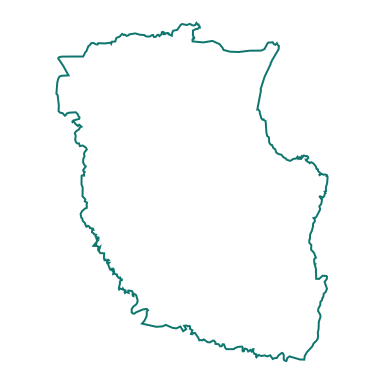 Mananara-Avaratra, Analanjirofo, Madagascar (Natural Earth projection)
{"feature_id": "10022922B77596397547877", "entity_name": "Mananara-Avaratra", "entity_type": "district", "adm_level": 2, "iso_a3": "MDG", "parent_name": "Madagascar", "parent_adm1": "Analanjirofo", "projection": "natural_earth1", "projection_center": [49.534, -16.235], "detail": "fine", "context": "isolated", "style": "outline", "palette": "teal", "viewbox_px": 384, "rotation_deg": 0, "n_neighbors": 0, "source": "geoboundaries", "source_scale": "gbopen_adm2", "svg_char_len": 5882}
<svg xmlns="http://www.w3.org/2000/svg" viewBox="0 0 384 384"><path d="M58.2,58.4L63.2,65.8L68.5,75.4L61.4,75.8L59.5,76.5L58.3,78.6L57.3,82.4L56.4,93.7L57.6,95.0L58.8,105.2L58.6,111.2L60.2,112.7L62.5,113.1L64.9,115.7L66.1,114.8L66.6,113.6L69.0,112.7L75.8,112.3L77.7,114.2L78.5,116.3L79.5,117.2L79.2,118.9L73.3,120.5L72.4,121.5L72.6,122.2L73.5,121.8L74.4,122.3L75.4,123.9L77.9,126.0L78.4,125.0L79.3,124.7L81.4,126.7L80.4,127.0L78.9,129.4L76.0,131.4L74.8,133.3L75.7,135.7L75.2,139.9L76.1,142.2L77.2,143.4L79.0,143.4L79.9,146.1L82.8,145.5L85.9,147.6L86.8,149.5L84.7,151.9L84.0,153.7L84.5,156.4L83.4,158.4L83.1,162.5L84.4,165.0L85.8,166.5L83.2,170.0L83.3,170.9L84.7,172.0L83.9,173.2L84.0,175.6L82.0,175.4L81.6,175.8L81.5,184.4L82.7,187.7L82.5,196.3L85.3,199.3L84.8,201.3L87.0,202.6L86.6,205.3L86.9,206.7L86.6,208.1L85.2,208.4L81.9,211.3L80.6,214.1L81.4,217.9L82.3,218.5L82.8,221.0L84.8,222.9L86.1,226.5L86.8,226.7L87.9,225.8L89.5,226.7L89.9,228.1L93.0,228.6L93.4,229.7L92.7,229.6L92.1,230.4L92.0,232.3L93.5,233.2L94.0,234.2L96.1,234.8L95.5,236.1L95.7,236.9L98.5,237.6L98.6,238.0L96.5,238.9L96.9,240.0L98.1,240.2L93.4,245.9L94.2,246.0L95.2,244.6L96.2,244.2L95.9,245.9L97.6,246.2L99.0,247.7L100.0,246.9L99.3,249.4L98.2,248.8L98.1,250.0L100.3,253.1L104.2,253.3L103.9,258.1L104.5,260.0L105.5,259.6L105.7,260.4L107.0,260.6L108.0,259.7L108.8,260.4L107.4,261.2L107.0,262.5L107.2,263.2L108.9,263.0L108.0,264.0L110.1,269.5L110.8,269.8L112.1,268.6L113.3,268.7L113.6,269.4L111.9,270.2L113.2,271.6L114.1,271.4L114.2,272.3L113.4,272.8L113.2,274.0L114.5,273.5L115.3,274.2L116.7,274.3L117.1,274.8L117.0,275.9L118.6,277.8L120.1,277.5L120.4,279.1L121.7,279.2L121.8,280.2L120.6,280.4L119.8,282.1L120.0,283.5L118.8,288.2L119.2,289.5L120.3,288.6L122.5,289.4L122.9,288.5L123.6,289.7L125.4,290.4L124.6,292.1L124.9,292.9L126.1,292.0L128.6,292.9L128.3,290.6L128.7,290.5L132.0,291.1L132.9,292.9L132.5,294.3L132.9,295.9L133.4,296.1L133.4,294.6L134.2,293.9L136.1,295.1L137.6,300.1L137.5,301.9L136.4,304.2L133.3,306.7L131.7,309.0L131.7,312.6L133.4,313.7L134.4,313.6L136.3,312.2L142.8,309.5L146.7,308.9L148.0,310.2L146.8,311.4L146.7,316.1L144.5,320.7L142.0,323.6L156.2,326.8L162.3,326.4L165.8,324.9L172.4,327.8L176.3,328.4L180.4,326.5L183.2,331.2L186.2,329.1L184.2,325.8L186.5,325.5L187.7,326.3L189.5,325.9L190.1,326.7L189.9,328.8L192.4,330.3L191.0,334.0L192.1,334.2L193.5,333.1L194.9,332.9L198.3,337.8L199.3,340.3L201.0,340.0L202.2,340.4L203.8,339.4L207.5,342.1L209.9,342.4L213.1,340.5L213.8,340.6L215.4,342.2L215.5,343.9L218.6,344.2L220.3,346.4L221.7,346.1L222.8,344.2L224.0,344.4L225.4,348.1L226.3,349.1L233.9,349.1L234.9,348.1L238.0,346.9L242.0,346.6L242.7,347.5L242.5,350.8L243.0,351.4L243.9,351.2L244.3,349.3L245.1,348.6L246.9,349.2L248.2,351.5L250.4,349.9L251.4,351.4L252.8,349.2L253.4,349.1L253.1,351.5L254.3,353.8L256.3,354.3L256.0,356.5L256.4,357.2L258.6,355.0L261.4,356.0L264.6,355.4L267.2,356.4L270.2,355.3L272.8,359.0L274.3,358.2L276.8,358.0L278.7,355.2L281.9,352.9L282.8,353.2L283.7,354.8L283.8,359.7L285.0,360.7L286.4,361.0L287.3,358.0L289.5,356.4L300.0,359.5L304.3,359.6L304.7,356.1L306.8,352.3L312.2,346.5L313.6,343.4L316.4,340.8L317.8,338.5L318.1,335.9L317.8,332.7L318.6,328.7L318.8,321.9L320.5,316.8L320.2,314.6L318.0,310.8L318.5,308.2L320.2,305.2L320.4,301.8L321.9,300.3L322.6,297.6L323.3,296.9L323.7,293.8L325.6,292.0L327.0,288.8L324.6,282.0L326.8,278.9L327.0,276.6L326.3,276.0L322.7,275.7L319.1,278.9L316.2,278.8L315.9,268.7L314.8,264.7L315.3,264.1L314.5,263.8L314.1,260.2L314.5,258.6L315.9,257.7L313.9,252.7L311.1,249.7L311.3,245.0L309.4,242.9L309.2,241.6L309.4,239.6L310.0,238.7L310.1,234.5L311.9,230.7L313.0,226.5L313.1,223.6L314.8,221.5L314.7,219.2L313.6,218.1L315.8,217.4L316.4,216.7L320.0,209.8L320.1,208.8L319.3,206.3L321.2,204.1L322.0,199.9L321.9,198.9L321.4,199.1L319.7,196.7L320.1,196.3L323.0,197.4L324.1,196.3L324.9,193.5L325.5,193.2L324.7,191.6L326.0,191.1L325.9,187.3L327.1,183.4L327.6,177.2L327.2,175.8L326.6,175.9L326.8,175.1L325.6,174.5L323.4,174.7L321.8,173.8L319.6,175.1L319.4,174.7L320.3,174.2L320.2,173.0L318.1,171.1L318.0,169.5L316.9,168.8L316.7,169.7L316.0,166.7L313.5,163.5L311.4,162.3L309.9,163.0L309.8,162.4L308.4,162.3L305.9,160.3L305.8,159.9L306.3,160.1L308.3,157.9L308.0,156.8L306.8,156.0L305.7,156.3L303.9,155.5L302.5,157.1L301.9,156.1L300.6,157.6L301.4,158.5L301.0,159.0L299.4,158.8L299.5,157.4L298.7,157.4L298.0,158.4L297.5,156.9L295.9,158.6L293.3,158.9L290.7,160.7L289.7,160.8L286.4,159.5L285.9,158.6L283.4,157.2L281.4,154.7L278.6,154.1L276.3,152.6L275.2,149.2L273.4,148.1L272.1,145.1L270.7,144.7L269.2,142.5L268.9,137.3L267.2,136.0L266.5,133.2L265.6,121.0L264.0,120.2L263.6,119.4L262.4,119.6L261.4,118.4L259.8,113.0L259.7,111.4L257.8,108.9L257.4,109.1L261.0,90.2L260.6,89.3L264.7,76.5L270.6,64.2L270.6,63.2L271.4,62.1L271.6,62.5L271.4,61.8L272.0,60.4L278.6,49.3L278.9,46.0L278.1,45.5L276.9,43.2L275.3,44.8L273.8,44.1L272.8,42.3L268.3,42.6L267.4,43.5L264.5,49.1L261.2,50.6L249.5,50.7L238.8,52.0L230.2,51.7L223.6,50.0L222.7,48.1L219.7,44.2L212.4,40.9L203.4,42.4L192.6,41.4L192.5,39.6L193.1,38.4L193.8,38.7L194.3,37.9L192.9,35.4L193.0,30.5L196.0,29.0L198.1,28.7L199.0,27.5L199.8,27.6L199.6,26.2L198.3,25.1L198.5,24.5L197.3,24.2L196.4,23.0L195.3,24.9L194.0,25.5L192.1,25.2L190.0,23.9L186.6,25.0L182.1,24.0L180.5,25.1L177.2,29.9L173.2,30.7L172.3,32.5L171.8,35.7L168.7,34.3L169.0,33.8L168.0,33.0L166.1,33.2L165.3,33.9L164.3,32.9L163.7,35.0L163.4,32.4L163.0,31.9L161.9,32.2L161.4,34.4L159.4,36.1L158.5,34.8L157.5,34.9L155.7,36.8L154.6,37.1L153.8,36.9L153.1,35.0L151.8,35.2L149.8,36.5L146.9,36.5L145.3,36.0L144.6,35.1L139.7,34.7L135.2,33.4L129.2,34.4L128.7,35.2L126.6,35.9L124.9,34.6L123.6,35.0L122.1,33.9L119.7,36.6L116.4,37.9L115.2,41.5L111.8,41.8L111.2,43.8L110.4,42.7L105.1,43.4L98.2,43.2L97.6,44.5L96.2,44.4L93.2,42.9L91.2,43.2L89.8,45.2L88.4,46.1L86.5,51.0L85.2,52.4L83.2,56.5L61.8,56.6L59.1,57.2L58.2,58.4Z" fill="none" stroke="#0f766e" stroke-width="2"/></svg>